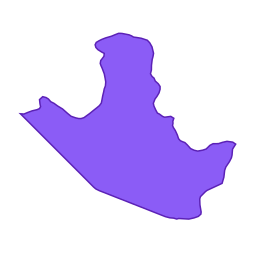 outline of Boa Vista do Gurupi, Maranhão, Brazil, rotated 86°
{"feature_id": "56859067B62524536065955", "entity_name": "Boa Vista do Gurupi", "entity_type": "district", "adm_level": 2, "iso_a3": "BRA", "parent_name": "Brazil", "parent_adm1": "Maranhão", "projection": "mercator", "projection_center": [-46.212, -1.769], "detail": "fine", "context": "isolated", "style": "filled", "palette": "violet", "viewbox_px": 256, "rotation_deg": 86, "n_neighbors": 0, "source": "geoboundaries", "source_scale": "gbopen_adm2", "svg_char_len": 1704}
<svg xmlns="http://www.w3.org/2000/svg" viewBox="0 0 256 256"><g transform="rotate(86 128 128)"><path d="M106.3,234.3L182.2,168.4L184.4,166.5L186.5,164.4L188.5,161.0L219.0,97.0L220.5,92.6L221.1,88.7L222.2,85.8L221.8,83.7L223.1,73.7L222.3,68.4L221.1,64.0L219.0,61.3L216.9,60.9L209.6,61.6L203.8,61.4L201.5,60.5L196.8,55.1L195.7,53.4L189.8,38.0L183.8,35.8L176.9,34.5L173.7,33.1L168.7,29.2L164.9,26.9L162.3,26.1L156.4,25.2L151.6,21.7L149.4,24.5L148.8,27.3L148.2,30.2L148.9,34.8L149.9,38.8L149.6,44.3L151.0,47.5L154.4,51.5L155.3,54.9L155.9,60.0L154.8,63.6L152.9,67.0L148.8,70.2L146.5,72.3L145.5,74.5L144.3,76.7L142.2,78.3L138.3,79.3L133.8,81.0L130.7,82.7L128.6,83.4L126.5,82.8L124.4,82.8L121.5,81.6L119.4,84.5L119.8,90.7L118.9,92.6L116.2,95.8L115.2,97.6L111.9,99.1L107.9,100.6L105.1,101.0L100.9,99.0L98.6,97.0L95.1,94.6L91.6,93.3L88.8,93.1L86.0,94.7L83.1,97.5L80.0,98.6L78.3,100.4L75.5,101.8L71.7,100.6L67.1,100.2L61.4,99.1L58.5,98.1L55.3,97.3L48.7,98.4L44.5,100.4L41.8,102.6L39.4,108.5L38.3,113.1L37.7,116.1L36.3,118.1L35.1,120.5L33.2,127.6L32.9,130.8L34.0,134.3L35.3,138.2L36.5,143.8L37.1,145.8L37.8,148.0L39.0,150.9L40.4,153.7L42.7,155.0L45.5,154.4L47.8,152.5L50.5,148.8L51.9,146.5L54.8,147.0L58.8,150.5L61.7,151.2L63.9,150.6L66.6,149.6L72.3,147.9L77.2,147.3L80.5,147.0L84.4,147.6L87.4,149.0L90.4,149.8L94.2,151.0L98.1,152.0L101.3,152.9L103.7,155.0L105.6,157.6L108.1,161.3L110.8,165.1L114.6,171.2L115.3,174.1L115.1,176.6L114.2,179.6L112.3,184.0L109.1,187.4L104.4,192.0L101.1,196.7L98.3,200.0L96.4,203.2L93.5,205.4L91.9,207.6L90.8,210.9L93.5,214.3L97.9,214.1L100.7,213.7L102.5,215.0L103.4,217.6L104.2,222.5L105.5,226.9L106.8,230.8L106.3,234.3Z" fill="#8b5cf6" stroke="#5b21b6" stroke-width="1.5"/></g></svg>